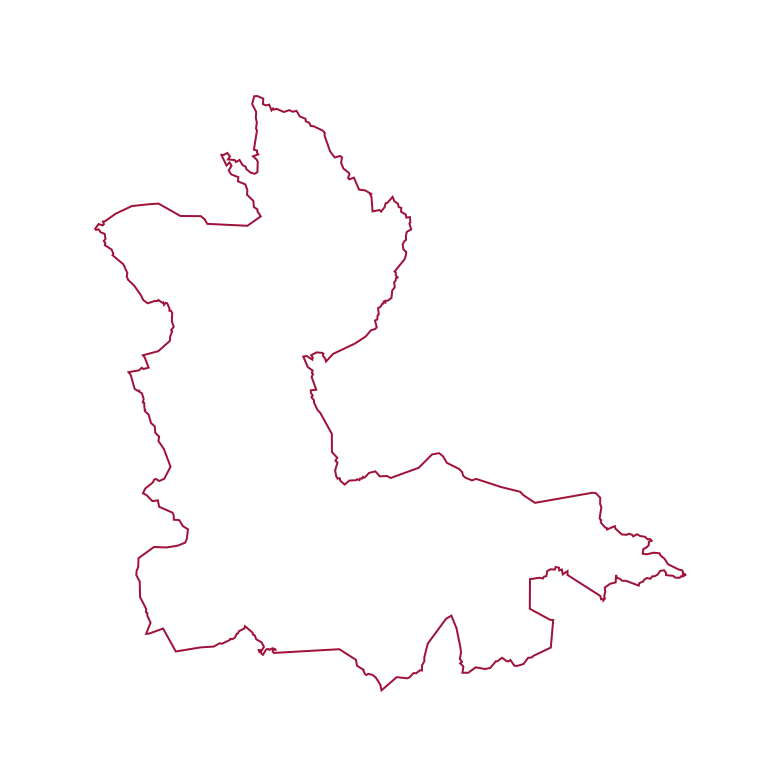 Uruapan, Michoacán, Mexico, rotated 172°
{"feature_id": "50627088B85692004459337", "entity_name": "Uruapan", "entity_type": "district", "adm_level": 2, "iso_a3": "MEX", "parent_name": "Mexico", "parent_adm1": "Michoacán", "projection": "robinson", "projection_center": [-102.127, 19.406], "detail": "fine", "context": "isolated", "style": "outline", "palette": "rose", "viewbox_px": 768, "rotation_deg": 172, "n_neighbors": 0, "source": "geoboundaries", "source_scale": "gbopen_adm2", "svg_char_len": 6131}
<svg xmlns="http://www.w3.org/2000/svg" viewBox="0 0 768 768"><g transform="rotate(172 384 384)"><path d="M472.5,687.0L475.6,679.7L472.7,671.2L473.9,665.4L473.5,660.7L475.2,654.8L474.5,652.8L480.2,634.2L477.3,632.9L477.6,630.8L476.6,628.9L482.0,627.7L478.9,624.0L478.1,621.5L479.9,611.4L482.8,610.2L486.9,612.0L490.4,616.0L490.8,618.5L493.6,620.5L495.9,626.0L499.7,624.4L500.6,626.5L507.2,628.1L504.9,630.8L507.0,634.6L510.8,633.2L513.1,633.5L509.6,622.3L506.2,624.9L504.6,621.4L508.0,617.2L506.8,614.1L505.8,612.6L499.5,609.1L500.4,605.0L493.5,600.9L492.3,594.9L493.3,590.5L487.9,583.5L488.2,577.3L485.0,574.5L485.3,572.6L482.7,567.1L497.3,559.7L536.8,567.2L538.6,572.0L542.0,575.7L562.2,578.7L582.1,594.0L591.3,594.7L608.9,595.3L626.0,590.0L637.8,583.9L639.7,584.0L639.1,581.3L640.5,580.2L644.4,582.1L648.5,577.8L647.7,576.7L644.9,576.8L643.7,573.9L639.7,571.5L639.6,566.5L641.6,564.6L640.3,562.4L641.2,560.4L635.0,555.0L633.9,550.6L634.9,549.3L625.5,538.9L622.7,529.6L623.8,526.3L622.9,522.8L617.6,516.0L612.5,506.1L610.7,500.6L606.8,496.8L599.2,498.2L596.8,497.7L595.8,498.6L592.2,495.3L591.3,495.6L590.8,493.0L589.1,494.7L587.5,494.2L585.9,488.5L586.3,486.4L584.8,486.2L583.8,483.8L585.4,475.6L584.2,470.0L587.3,466.9L586.5,465.6L589.1,460.9L590.0,456.5L603.0,447.9L618.7,446.0L617.3,443.7L614.8,433.0L620.1,432.3L621.6,433.8L624.7,431.6L635.3,431.3L633.6,428.4L631.6,413.9L628.9,411.5L627.3,411.5L627.4,410.4L625.0,408.5L624.1,402.6L625.4,399.3L624.1,398.8L624.6,392.9L624.4,392.0L623.7,392.5L624.7,390.6L621.4,386.5L620.1,377.7L616.9,373.9L617.3,367.6L614.0,363.2L615.3,358.9L611.0,350.2L606.9,331.8L614.8,320.7L620.1,319.2L622.9,321.6L624.7,321.5L626.7,318.6L634.9,313.8L637.9,309.4L634.5,306.9L629.7,300.3L624.1,300.2L623.8,293.7L611.3,286.0L610.5,283.0L611.1,278.9L605.7,277.7L602.9,271.2L598.3,267.4L600.8,258.2L602.9,254.6L610.9,252.6L622.1,252.4L634.5,254.6L651.3,245.7L652.9,237.0L655.0,233.3L655.9,229.3L653.4,222.4L655.2,206.9L650.8,194.3L651.5,191.1L650.3,190.2L650.6,187.4L648.4,180.1L654.3,169.7L651.3,169.5L636.8,172.6L627.4,148.1L602.4,148.7L589.1,147.7L582.6,150.2L580.8,149.3L572.3,152.0L571.8,153.0L569.4,152.4L566.7,153.8L564.6,157.2L563.6,157.1L561.9,159.5L556.4,161.3L555.3,163.5L548.7,156.0L548.7,154.2L547.0,153.0L546.0,149.0L541.1,145.1L539.5,140.4L541.9,137.5L545.1,137.9L544.7,136.0L543.0,136.9L542.9,133.9L541.5,132.7L537.6,137.6L535.4,137.7L534.7,136.7L531.2,137.8L529.0,136.9L528.5,136.0L531.1,136.3L531.5,134.7L530.4,133.0L465.2,127.6L450.2,114.8L449.9,108.7L443.9,103.7L444.4,103.1L443.0,99.0L441.7,98.3L440.0,99.2L436.0,97.6L433.1,94.7L429.5,86.8L429.1,81.0L412.2,91.9L401.7,89.3L399.3,90.1L395.1,93.6L392.3,93.1L388.2,95.5L386.3,95.0L385.5,100.1L382.6,103.9L382.1,107.8L376.8,120.8L355.2,142.9L349.5,145.2L346.2,132.1L345.0,112.6L345.1,107.2L347.2,101.3L345.4,98.0L347.5,96.8L344.7,93.2L346.5,87.2L340.8,86.3L332.6,90.7L323.7,87.7L318.3,88.0L311.9,93.8L310.4,93.6L305.2,96.5L301.1,92.4L299.2,92.0L297.2,93.1L294.1,86.8L291.2,86.3L284.8,87.3L279.5,92.7L275.7,92.7L273.8,94.0L255.5,99.8L249.3,126.7L252.2,127.3L270.9,141.1L266.6,170.4L257.2,170.5L253.5,169.3L252.5,170.9L249.9,171.2L248.4,176.1L244.6,177.3L240.6,176.5L239.5,178.9L236.2,177.7L236.4,175.0L233.7,175.5L233.5,170.6L228.3,173.2L228.8,169.3L199.3,144.0L199.0,140.6L196.9,140.6L196.9,139.1L195.1,140.9L195.5,143.2L193.8,147.5L193.7,151.7L187.9,154.7L182.2,155.3L180.8,162.6L180.1,159.3L177.9,158.6L175.4,155.9L171.9,155.5L159.8,148.9L158.9,151.3L154.7,152.4L153.7,153.9L150.7,155.3L147.3,154.1L144.9,156.3L143.0,155.9L139.5,157.2L136.5,160.5L132.6,160.6L130.9,157.4L131.3,155.5L124.2,153.7L122.6,151.7L118.1,151.0L116.6,152.3L115.2,151.7L112.1,153.0L112.7,154.0L113.6,153.1L114.6,153.8L114.1,156.6L114.9,158.1L118.2,159.4L127.9,166.0L130.5,171.9L133.8,175.3L134.7,178.0L140.5,179.4L147.3,178.8L151.4,179.9L150.2,184.4L146.5,185.8L144.2,187.6L143.7,190.9L140.8,191.6L142.1,193.4L144.7,193.6L146.8,196.4L151.3,197.7L154.4,200.0L158.4,198.4L159.3,200.2L162.4,201.6L164.7,200.9L169.4,201.9L174.9,208.5L175.2,211.1L183.4,208.9L183.4,210.4L184.8,210.9L188.1,215.8L188.6,218.0L187.8,218.9L189.2,220.9L185.9,231.7L186.7,235.0L185.7,241.2L189.5,246.5L192.8,247.3L251.0,245.3L261.5,254.6L264.1,258.3L282.5,265.7L305.9,277.2L310.3,276.3L316.6,280.0L318.4,282.3L318.9,285.9L321.4,289.4L332.7,297.1L335.6,304.1L338.9,307.8L346.2,307.6L361.3,296.2L390.4,290.0L393.9,292.5L401.0,293.1L404.7,298.7L411.3,298.0L415.8,294.3L417.2,294.0L417.8,294.9L419.0,293.4L420.9,293.7L421.7,292.2L423.7,293.4L425.1,292.6L431.7,293.2L437.0,289.9L440.7,294.2L441.0,296.9L443.1,296.7L444.2,299.5L444.4,305.3L441.0,312.7L442.8,314.7L440.6,317.5L445.0,323.8L442.6,342.0L451.2,364.4L453.4,367.4L455.9,375.4L455.6,377.6L457.7,381.1L456.2,382.4L457.6,385.4L457.4,387.9L451.9,387.8L454.7,401.1L452.9,403.7L453.9,405.0L452.8,407.3L457.1,411.3L460.1,422.4L456.7,422.5L451.6,418.1L450.9,420.2L452.1,422.6L446.4,424.7L440.9,423.4L439.8,422.5L440.6,420.6L438.8,417.6L438.3,414.3L430.3,420.9L407.2,428.1L395.5,433.6L389.5,439.0L385.1,439.7L383.3,441.2L384.1,448.1L381.7,448.9L380.7,453.0L379.5,453.7L379.3,459.9L376.6,461.0L374.5,463.8L373.5,463.7L372.8,465.5L371.4,464.5L371.2,466.2L368.8,466.0L364.7,468.1L362.8,475.5L359.9,478.3L359.8,483.3L358.0,484.8L357.5,487.0L355.7,487.6L357.3,490.1L356.8,492.9L357.8,494.0L346.6,504.3L344.8,507.5L343.6,511.5L346.1,514.8L346.1,519.5L344.3,522.3L342.1,523.7L341.7,527.8L340.2,531.5L335.6,533.3L336.5,539.5L335.4,540.4L335.1,545.6L338.7,545.7L338.9,548.9L343.1,552.1L342.4,556.0L344.8,557.2L345.1,560.5L348.3,563.6L349.4,568.1L355.5,562.9L357.2,562.8L358.7,559.1L362.9,555.1L364.2,556.9L371.3,556.5L370.4,570.9L371.3,573.6L370.3,574.0L375.8,578.4L381.6,579.9L385.1,592.5L389.9,591.5L390.9,593.2L389.0,596.3L389.4,598.0L394.2,603.0L395.7,608.7L394.1,614.4L395.6,615.9L401.3,615.2L402.4,617.1L405.0,622.0L408.3,638.2L407.7,640.8L409.2,643.3L417.7,649.0L420.6,649.7L421.7,653.1L424.9,655.0L424.8,657.5L430.2,660.7L432.6,666.7L436.6,666.3L439.7,668.4L445.3,667.3L452.0,671.4L454.9,671.1L455.5,672.3L457.3,670.6L458.8,676.6L462.0,676.3L464.9,678.0L463.8,683.3L469.1,686.7L472.5,687.0Z" fill="none" stroke="#9f1239" stroke-width="2"/></g></svg>